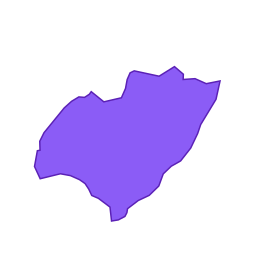 map outline of Bubanza (Equal Earth projection), rotated 41°
{"feature_id": "BDI-2636", "entity_name": "Bubanza", "entity_type": "Province", "adm_level": 1, "iso_a3": "BDI", "parent_name": "Burundi", "parent_adm1": "", "projection": "equal_earth", "projection_center": [29.392, -3.111], "detail": "fine", "context": "isolated", "style": "filled", "palette": "violet", "viewbox_px": 256, "rotation_deg": 41, "n_neighbors": 0, "source": "natural_earth", "source_scale": "10m", "svg_char_len": 727}
<svg xmlns="http://www.w3.org/2000/svg" viewBox="0 0 256 256"><g transform="rotate(41 128 128)"><path d="M74.5,204.6L76.2,202.5L70.1,195.9L67.7,186.6L66.7,154.6L67.9,144.9L70.5,136.8L75.1,133.4L76.7,127.9L76.4,124.7L92.6,124.1L103.2,109.5L100.2,99.8L95.6,92.0L93.4,85.0L95.2,80.8L117.5,68.5L122.8,51.2L134.5,51.1L137.8,55.2L146.2,46.8L158.0,43.2L166.6,32.1L175.6,48.6L180.6,77.7L184.2,86.5L188.5,102.0L189.3,118.3L185.7,128.5L184.7,139.5L189.3,151.6L188.2,164.9L183.3,176.0L180.6,189.2L182.7,192.6L183.7,196.7L181.0,203.7L176.6,209.0L166.3,199.5L151.8,200.5L144.9,202.7L138.5,199.9L132.1,198.1L125.3,198.8L115.8,201.7L107.0,206.9L95.0,223.9L82.7,218.4L74.5,204.6Z" fill="#8b5cf6" stroke="#5b21b6" stroke-width="1.5"/></g></svg>